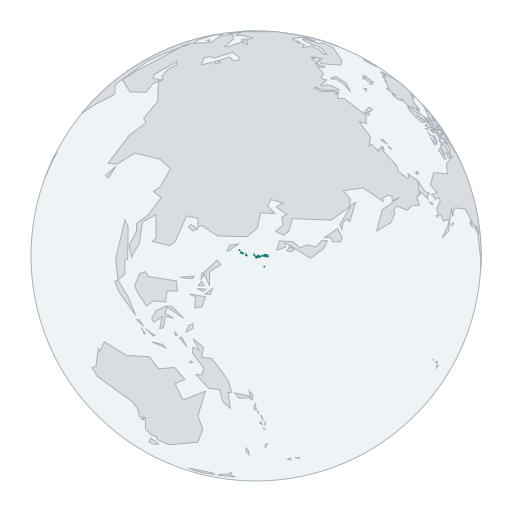 globe centered on Okinawa, rotated 44°
{"feature_id": "JPN-3502", "entity_name": "Okinawa", "entity_type": "Prefecture", "adm_level": 1, "iso_a3": "JPN", "parent_name": "Japan", "parent_adm1": "", "projection": "orthographic", "projection_center": [127.452, 26.383], "detail": "fine", "context": "on_globe", "style": "filled", "palette": "teal", "viewbox_px": 512, "rotation_deg": 44, "n_neighbors": 0, "source": "natural_earth", "source_scale": "10m", "svg_char_len": 13314}
<svg xmlns="http://www.w3.org/2000/svg" viewBox="0 0 512 512"><g transform="rotate(44 256 256)"><circle cx="256" cy="256" r="225" fill="#eef3f6" stroke="#a8b0b8"/><path d="M427.9,370.4L427.7,371.6L427.4,371.9L427.9,370.4ZM426.1,108.3L419.2,101.7L399.0,85.1L400.2,84.9L395.1,81.5L393.3,81.9L393.4,83.1L373.7,76.8L365.3,83.6L370.0,90.9L363.2,85.8L377.2,104.0L377.4,113.9L372.6,99.7L368.6,96.1L366.5,100.9L361.9,98.3L358.2,99.4L353.0,96.1L350.6,88.8L347.1,86.7L345.8,90.4L339.7,89.9L342.2,84.7L331.8,83.6L325.9,72.5L336.7,63.9L328.9,57.5L328.1,48.4L323.7,47.5L320.6,44.3L314.3,42.3L315.9,41.8L309.5,40.8L309.2,41.7L306.3,41.7L302.6,40.8L304.0,39.8L306.1,40.1L304.6,39.3L306.9,39.3L303.6,38.8L305.8,38.1L298.2,37.6L295.3,36.1L298.3,36.0L305.1,37.5L328.9,43.3L334.0,44.8L334.3,44.8L349.2,50.9L363.6,58.1L377.5,66.3L390.8,75.5L403.3,85.6L415.1,96.5L426.1,108.3ZM302.1,35.5L301.2,35.3L293.8,33.9L292.5,33.7L302.1,35.5ZM463.5,212.1L461.7,207.7L463.5,208.6L463.5,212.1ZM460.0,206.3L460.8,207.5L460.0,206.8L460.0,206.3ZM459.1,206.6L459.8,206.4L459.2,207.2L459.1,206.6ZM458.2,207.7L458.6,206.9L458.6,207.2L458.2,207.7ZM456.0,207.8L455.4,207.7L455.6,206.5L456.0,207.8ZM394.1,84.2L393.8,82.3L397.1,83.2L397.9,84.9L394.1,84.2ZM387.1,83.5L385.7,81.5L391.4,84.5L390.5,84.7L387.1,83.5ZM374.5,97.2L375.1,94.6L376.1,98.1L374.5,97.2ZM358.7,100.2L359.9,101.9L357.5,101.8L358.7,100.2ZM305.3,36.2L303.3,35.8L304.8,36.1L305.3,36.2ZM306.3,36.6L309.4,37.3L310.4,37.6L308.4,37.1L306.3,36.6ZM347.2,96.9L342.9,96.5L346.9,95.5L347.2,96.9ZM302.1,35.7L311.6,38.0L313.1,38.6L306.9,37.6L302.1,35.7ZM340.1,95.5L329.7,95.4L331.6,98.9L320.2,89.5L332.9,92.3L337.5,90.4L337.1,93.2L340.1,95.5ZM310.7,42.4L310.9,41.4L314.2,43.2L310.7,42.4ZM313.6,43.6L327.9,50.3L325.8,51.8L321.5,49.0L321.5,52.1L313.4,49.5L311.6,47.2L314.5,46.7L309.2,46.2L313.6,43.6ZM315.5,84.6L312.7,83.8L315.2,83.3L315.5,84.6ZM305.4,41.8L308.5,42.9L306.9,44.2L300.4,42.4L303.0,42.5L305.4,41.8ZM325.5,54.4L323.2,55.3L316.0,53.3L314.1,53.5L313.1,49.6L325.5,54.4ZM301.5,41.8L297.2,41.5L294.5,40.2L302.3,41.0L301.5,41.8ZM309.2,45.3L308.1,45.9L306.6,45.0L309.2,45.3ZM282.7,36.1L286.5,36.9L286.0,37.6L282.7,36.1ZM295.7,41.6L296.7,42.0L296.9,42.5L293.6,42.1L295.7,41.6ZM308.1,48.7L305.6,47.8L308.1,50.1L302.9,49.1L303.1,46.8L300.8,47.4L299.2,47.1L301.2,45.6L308.1,48.7ZM290.9,43.3L289.4,40.6L282.6,38.7L282.9,38.0L293.8,41.1L290.9,43.3ZM296.8,44.7L293.2,43.6L295.3,43.0L299.1,43.5L296.8,44.7ZM299.2,49.4L307.2,51.5L306.9,52.0L299.2,49.4ZM288.5,42.8L288.9,43.5L287.8,42.7L288.5,42.8ZM295.4,47.4L298.3,48.0L297.9,48.5L295.4,47.4ZM287.3,44.6L286.9,43.6L289.4,43.7L287.3,44.6ZM290.7,45.9L289.4,46.5L290.6,44.4L292.1,46.1L290.7,45.9ZM294.5,47.7L295.2,48.2L293.4,47.4L294.5,47.7ZM277.9,44.9L278.9,42.2L284.5,42.4L282.8,44.9L277.9,44.9ZM72.2,125.7L74.0,123.5L64.8,139.7L63.2,146.6L75.3,133.7L77.9,121.8L85.4,112.6L89.0,115.8L87.8,127.5L90.7,124.4L97.4,111.7L103.2,109.7L100.4,107.2L97.0,111.6L95.3,110.4L98.2,106.4L100.1,105.6L102.2,101.4L92.5,106.9L88.1,112.1L89.8,106.0L82.5,114.3L80.8,115.4L92.5,101.9L96.0,98.7L112.7,82.7L109.2,85.3L93.2,101.0L95.5,98.3L90.6,103.1L96.1,97.4L114.6,80.7L114.9,80.4L139.7,63.1L139.3,63.3L142.2,62.1L139.3,64.6L148.9,60.3L148.7,61.2L143.0,63.3L137.5,66.4L131.2,74.1L132.5,74.4L139.3,71.2L136.7,74.1L144.1,70.2L144.6,73.9L150.2,66.4L158.3,63.5L163.3,64.1L166.9,62.1L158.8,61.2L154.7,62.2L149.5,65.1L139.2,68.0L139.5,66.4L154.1,59.0L156.2,56.3L166.7,52.6L182.2,55.8L184.3,59.8L169.8,72.0L164.4,72.3L166.9,67.8L156.7,74.5L161.3,72.7L159.2,75.4L166.4,74.2L165.2,76.1L174.1,72.0L173.5,74.2L167.8,76.8L178.0,77.9L179.0,82.7L181.8,82.1L184.6,80.1L184.0,88.0L186.1,87.3L187.2,84.3L192.1,81.0L200.6,78.6L199.9,81.5L196.7,82.7L189.1,90.1L180.8,93.6L181.4,94.6L188.4,92.3L197.8,83.2L203.0,81.0L199.4,85.3L201.1,83.6L203.5,83.4L205.3,86.1L209.7,81.6L237.2,78.4L243.3,84.1L237.0,87.8L255.5,90.8L261.0,98.3L261.9,95.3L271.4,95.7L269.8,93.2L271.0,91.9L294.6,93.3L299.7,96.4L310.9,95.0L311.4,93.6L308.3,91.2L320.2,89.5L331.6,98.9L330.0,101.3L338.3,106.1L333.2,111.3L332.9,118.2L322.6,122.1L323.3,127.8L326.5,129.1L329.8,138.4L325.4,154.0L314.8,135.4L318.5,113.7L315.8,121.7L312.2,118.4L308.7,120.5L307.1,126.7L309.5,128.3L285.5,132.7L273.4,148.5L284.4,149.5L289.2,156.0L285.1,178.0L256.2,203.9L262.3,215.3L261.3,221.9L252.9,224.6L254.1,214.9L247.5,210.1L249.5,204.6L236.5,206.7L238.8,199.0L227.5,205.0L229.4,211.9L240.1,212.4L229.3,221.7L237.5,234.8L236.1,248.3L214.4,268.3L195.8,271.7L194.2,275.6L188.1,269.3L178.1,275.4L187.9,301.7L186.9,308.3L171.5,317.4L171.5,312.4L155.3,295.7L150.8,310.7L163.0,327.3L167.2,343.4L157.1,336.1L153.1,321.6L147.4,315.3L150.0,302.0L147.3,279.9L137.2,280.7L139.1,272.6L133.8,252.6L119.9,252.9L97.2,266.2L92.4,286.1L85.3,291.9L81.0,257.1L84.5,236.2L79.5,235.0L77.9,213.1L65.2,199.1L66.5,193.0L63.4,192.6L62.8,183.2L65.9,173.6L64.1,171.0L56.6,196.5L58.9,199.6L65.1,195.3L62.2,203.4L63.2,214.6L51.2,225.5L37.4,222.1L41.2,206.4L57.4,156.7L59.8,153.3L60.1,152.8L60.6,151.8L56.8,156.9L61.4,147.9L47.1,179.5L42.5,191.6L37.1,222.7L36.4,223.9L36.2,231.7L41.9,237.1L40.8,241.9L34.9,259.0L31.5,274.8L30.7,259.0L31.1,243.3L32.5,227.6L35.1,212.0L38.7,196.6L43.4,181.6L49.1,166.9L55.8,152.6L63.6,138.9L72.2,125.7ZM81.2,149.1L83.9,156.6L91.8,144.1L93.5,146.2L95.6,141.4L92.4,143.2L98.8,131.1L103.3,131.6L107.6,127.2L106.9,124.5L97.7,125.7L88.4,142.7L83.9,144.9L81.2,149.1ZM165.0,49.9L160.6,51.9L159.7,52.3L165.0,49.9ZM154.7,54.8L155.1,54.6L168.6,48.7L166.8,49.9L165.5,50.1L163.0,51.5L160.2,52.3L145.3,59.9L142.0,61.7L144.2,60.4L154.7,54.8ZM206.2,36.8L212.0,35.8L200.5,39.5L196.4,40.2L199.9,38.3L206.9,36.5L206.2,36.8ZM289.3,34.2L292.3,34.6L291.9,34.7L289.0,34.5L289.3,34.2ZM284.1,32.5L292.5,34.0L298.4,35.1L290.2,33.7L285.9,33.5L285.8,33.8L290.0,35.7L300.5,38.8L298.0,39.6L293.4,39.5L290.5,38.9L293.0,38.4L287.3,37.9L288.8,36.8L284.5,36.4L275.9,32.9L278.9,33.1L270.3,31.6L274.8,31.6L280.2,32.4L277.2,31.7L283.9,32.5L282.4,32.3L284.1,32.5ZM254.4,30.7L258.2,31.2L253.7,32.1L258.9,32.0L258.3,32.5L254.5,32.4L260.1,33.0L258.6,33.5L261.9,35.7L270.9,36.9L272.4,38.1L268.1,37.9L272.5,39.2L265.4,39.7L266.3,40.6L260.2,42.4L251.4,41.9L253.1,43.1L248.5,44.9L241.0,45.0L245.2,43.3L233.9,45.0L235.3,42.7L233.9,43.1L232.2,41.7L227.6,40.7L229.3,39.8L226.7,39.9L225.5,39.1L222.6,39.0L224.6,37.5L221.3,37.4L224.2,36.8L217.8,37.1L223.4,36.3L222.4,35.7L217.5,36.8L235.4,31.9L237.9,31.4L254.4,30.7ZM276.0,45.2L265.2,44.5L260.7,43.2L273.2,40.8L273.4,39.9L281.3,38.9L287.7,41.1L284.8,41.1L283.6,41.6L282.1,40.7L282.3,41.9L278.4,42.1L277.5,43.1L274.3,42.5L276.0,45.2ZM92.8,100.7L91.8,101.7L90.0,103.7L92.8,100.7ZM142.7,64.0L142.2,64.8L140.5,65.8L138.7,66.4L142.7,64.0ZM207.8,51.6L210.9,50.3L211.9,50.6L219.9,49.3L219.5,51.2L214.5,52.7L207.8,51.6ZM73.2,134.2L71.1,135.1L72.5,132.5L72.9,132.7L73.2,134.2ZM78.3,118.9L75.0,124.2L77.5,119.8L78.3,118.9ZM208.7,53.4L212.1,52.6L209.8,54.1L208.7,53.4ZM219.6,52.5L217.7,54.2L220.4,51.3L219.6,52.5ZM41.3,324.1L41.5,324.1L40.3,318.0L44.2,330.8L49.7,346.5L41.3,324.1ZM223.2,387.1L230.2,388.9L230.0,389.7L223.2,387.1ZM215.9,383.1L223.8,384.5L214.6,384.8L215.9,383.1ZM226.8,385.0L234.9,384.3L238.3,383.2L237.8,385.0L226.8,385.0ZM210.6,382.3L182.7,377.0L171.9,372.2L174.2,369.4L191.7,374.0L210.6,382.3ZM173.4,369.2L157.2,355.7L136.6,321.1L143.9,323.9L165.8,347.4L164.3,349.9L174.1,359.9L173.4,369.2ZM213.4,359.5L212.0,368.0L196.3,364.6L189.4,361.8L184.5,349.5L187.2,344.2L192.9,345.5L215.9,329.4L223.7,335.6L216.4,343.0L222.9,351.8L213.4,359.5ZM92.9,288.5L95.5,302.5L91.9,302.8L92.9,288.5ZM226.1,316.5L216.2,324.1L225.5,313.4L226.1,316.5ZM232.1,305.9L232.3,310.6L228.8,305.6L232.1,305.9ZM193.2,282.0L187.2,281.8L187.4,278.5L195.3,276.8L193.2,282.0ZM234.9,259.8L233.3,269.6L231.6,272.7L229.6,266.4L234.9,259.8ZM209.9,72.2L199.1,71.4L191.1,73.0L186.1,76.9L188.5,71.5L200.9,69.0L209.9,72.2ZM233.9,77.1L238.2,74.4L239.4,76.2L238.6,77.1L233.9,77.1ZM234.2,75.0L233.6,70.6L238.1,69.5L237.7,73.2L234.2,75.0ZM220.7,60.8L217.5,60.3L219.5,59.0L220.7,60.8ZM375.6,442.1L378.5,441.6L372.1,446.3L363.2,451.8L354.6,455.4L375.6,442.1ZM308.1,463.8L306.8,460.1L316.6,458.8L313.4,462.5L308.1,463.8ZM381.8,437.7L387.4,432.5L388.6,428.0L389.1,431.5L394.7,429.2L380.6,440.5L381.8,437.7ZM269.0,446.6L225.8,452.8L215.9,450.3L217.5,446.5L206.7,432.0L209.8,432.8L206.6,423.0L231.6,417.6L249.3,402.6L264.2,404.8L274.9,392.8L290.6,394.2L286.5,404.0L303.4,410.4L313.5,388.4L325.1,411.1L338.3,417.9L343.5,430.4L324.6,452.1L312.6,456.7L309.7,455.3L304.9,457.4L296.5,457.1L290.7,451.1L286.0,453.2L290.0,448.3L283.4,452.6L278.5,448.5L269.0,446.6ZM382.1,400.9L384.7,400.9L389.2,403.5L385.0,403.8L382.1,400.9ZM421.2,377.4L422.6,378.6L419.8,380.1L421.2,377.4ZM427.4,371.9L424.1,374.0L427.9,370.4L427.4,371.9ZM394.6,385.3L396.0,386.3L395.0,387.1L394.6,385.3ZM393.5,385.1L394.9,382.5L394.8,384.8L393.5,385.1ZM380.5,375.2L382.0,373.7L382.7,374.5L380.5,375.2ZM240.6,390.2L250.1,384.6L255.5,384.5L240.6,390.2ZM378.2,372.9L374.3,373.3L374.7,372.0L378.2,372.9ZM378.3,369.9L377.8,368.2L380.4,372.0L378.3,369.9ZM370.8,366.9L375.6,369.5L370.3,367.4L370.8,366.9ZM368.0,367.7L364.6,366.7L364.8,366.1L368.0,367.7ZM330.8,373.3L343.4,383.5L333.5,383.8L322.4,377.5L314.2,384.0L295.3,383.0L299.5,379.1L296.8,373.0L277.7,369.9L273.8,365.6L280.5,363.2L268.1,359.3L281.6,358.2L287.3,366.8L295.1,360.5L308.7,362.4L322.2,365.0L333.3,370.8L330.8,373.3ZM282.0,376.5L284.4,376.6L282.3,378.9L282.0,376.5ZM358.1,362.9L363.0,366.3L362.5,367.4L360.1,367.0L358.1,362.9ZM335.8,369.3L347.7,361.8L350.5,361.7L342.7,369.9L335.8,369.3ZM344.7,357.6L350.3,358.1L353.4,361.8L352.2,362.9L344.7,357.6ZM254.2,367.0L253.7,369.2L250.3,367.1L254.2,367.0ZM258.7,366.0L269.3,369.3L257.8,367.9L258.7,366.0ZM227.5,354.5L230.4,360.4L239.8,358.0L232.7,362.2L239.2,372.0L237.1,375.1L230.6,364.6L228.6,374.3L224.5,373.6L222.0,364.7L226.1,354.7L230.2,350.8L247.3,351.0L227.5,354.5ZM258.5,359.3L255.8,352.5L257.9,348.4L260.9,352.1L258.5,359.3ZM248.0,335.9L241.0,327.4L234.5,329.6L248.1,320.4L252.4,330.1L248.0,335.9ZM242.6,318.3L236.4,320.2L243.0,314.7L242.6,318.3ZM235.0,317.4L234.6,311.9L239.3,313.3L235.0,317.4ZM245.7,318.9L247.5,309.8L249.6,315.5L245.7,318.9ZM233.5,299.5L243.1,309.7L230.0,304.2L230.9,286.2L236.6,286.6L233.5,299.5ZM274.4,230.8L273.8,225.5L279.3,224.9L278.2,228.7L274.4,230.8ZM296.8,219.7L280.6,223.1L267.5,226.4L271.0,229.2L266.9,237.6L262.4,228.8L272.5,220.2L282.2,219.4L284.9,212.3L292.7,208.1L292.8,199.0L296.7,195.5L299.5,203.7L296.8,219.7ZM292.5,195.2L295.5,179.8L305.4,182.9L306.9,187.0L301.4,192.6L296.5,190.6L292.5,195.2ZM299.2,177.2L294.5,175.2L289.1,152.2L290.4,148.3L299.7,166.5L295.8,165.8L295.4,171.2L299.2,177.2ZM312.9,85.4L312.7,83.9L314.7,85.4L312.9,85.4ZM269.9,90.6L271.8,89.1L274.1,90.6L269.9,90.6ZM278.4,85.8L274.5,85.2L278.9,84.7L278.4,85.8ZM265.6,84.2L273.0,84.3L265.5,85.9L265.6,84.2Z" fill="#d9dde1" stroke="#a8b0b8" stroke-width="1"/><path d="M259.1,254.4L259.1,254.5L258.9,254.9L258.8,255.0L258.7,255.0L258.4,255.1L258.4,255.3L258.2,255.4L257.9,255.6L257.7,255.7L257.4,255.8L257.5,255.9L257.5,256.0L257.6,256.3L257.4,256.2L257.3,256.3L257.1,256.6L257.1,256.8L257.3,256.8L257.2,257.0L256.9,257.2L256.7,257.2L256.6,256.8L256.7,256.7L256.8,256.6L256.9,256.4L257.0,256.4L257.0,256.2L256.9,255.9L257.0,255.8L257.2,255.7L257.3,255.7L257.5,255.5L257.7,255.4L257.8,255.3L257.8,255.2L257.7,255.1L257.5,254.9L257.8,254.8L257.9,255.0L258.0,255.0L258.3,254.9L258.3,254.7L258.5,254.6L258.6,254.4L258.8,254.2L259.1,254.3L259.1,254.4ZM263.8,247.8L263.7,247.9L263.6,248.0L263.4,248.1L263.3,248.3L263.2,248.3L263.1,248.5L263.0,248.4L262.9,248.4L262.9,248.5L263.0,248.7L262.8,248.9L262.8,249.0L262.7,249.0L262.7,248.9L262.6,249.0L262.4,248.9L262.3,248.7L262.3,248.8L262.2,248.8L262.1,248.7L261.9,248.7L262.0,248.6L262.3,248.6L262.2,248.5L262.1,248.4L262.3,248.3L262.5,248.2L262.8,248.0L263.0,248.0L263.0,247.9L263.0,248.0L263.2,247.9L263.3,247.8L263.5,247.7L263.5,247.8L263.7,247.7L263.8,247.6L263.8,247.8ZM243.0,263.6L243.3,263.7L243.4,263.8L243.3,264.0L243.2,264.2L242.7,264.1L242.5,263.9L242.8,263.7L243.0,263.6ZM261.3,250.4L261.5,250.5L261.4,250.7L261.4,250.8L261.2,250.9L261.1,250.7L261.0,250.3L261.0,250.2L261.3,250.0L261.3,250.3L261.3,250.4ZM244.8,262.9L244.9,263.0L244.6,263.3L244.6,263.5L244.5,263.8L244.4,263.9L244.1,263.9L244.2,263.7L243.9,263.5L244.0,263.5L244.1,263.4L244.2,263.5L244.3,263.5L244.4,263.4L244.5,263.3L244.6,263.2L244.8,262.9L244.8,262.9ZM248.6,262.2L248.7,262.3L248.8,262.3L248.6,262.5L248.3,262.5L248.2,262.4L248.2,262.1L248.2,261.9L248.3,261.9L248.4,262.1L248.5,262.2L248.6,262.2ZM260.4,251.8L260.2,251.9L260.1,252.0L259.9,252.2L259.8,251.9L260.0,251.9L260.4,251.8ZM262.4,249.1L262.5,249.1L262.6,249.3L262.4,249.2L262.4,249.3L262.3,249.2L262.2,249.2L262.0,248.9L262.3,248.9L262.2,249.0L262.3,249.1L262.4,249.1ZM253.7,256.1L253.7,256.3L253.6,256.2L253.4,256.1L253.5,256.0L253.7,256.1ZM264.9,248.1L264.9,248.3L264.7,248.4L264.7,248.2L264.9,248.1L264.9,248.1ZM248.0,262.0L247.9,262.1L247.8,261.9L248.0,262.0ZM269.4,257.8L269.5,257.9L269.4,258.0L269.3,257.9L269.4,257.8ZM240.1,263.2L240.1,263.3L239.9,263.4L239.9,263.2L240.0,263.2L240.1,263.2ZM259.5,253.4L259.5,253.5L259.4,253.5L259.4,253.4L259.5,253.3L259.5,253.4ZM257.9,253.2L257.9,253.3L257.8,253.5L257.7,253.5L257.9,253.3L257.9,253.2ZM257.3,254.6L257.2,254.7L257.3,254.6ZM255.7,256.7L255.7,256.9L255.6,256.7L255.7,256.7ZM255.2,255.2L255.3,255.2L255.2,255.2L255.2,255.2Z" fill="#14b8a6" stroke="#0f766e" stroke-width="1.5"/></g></svg>